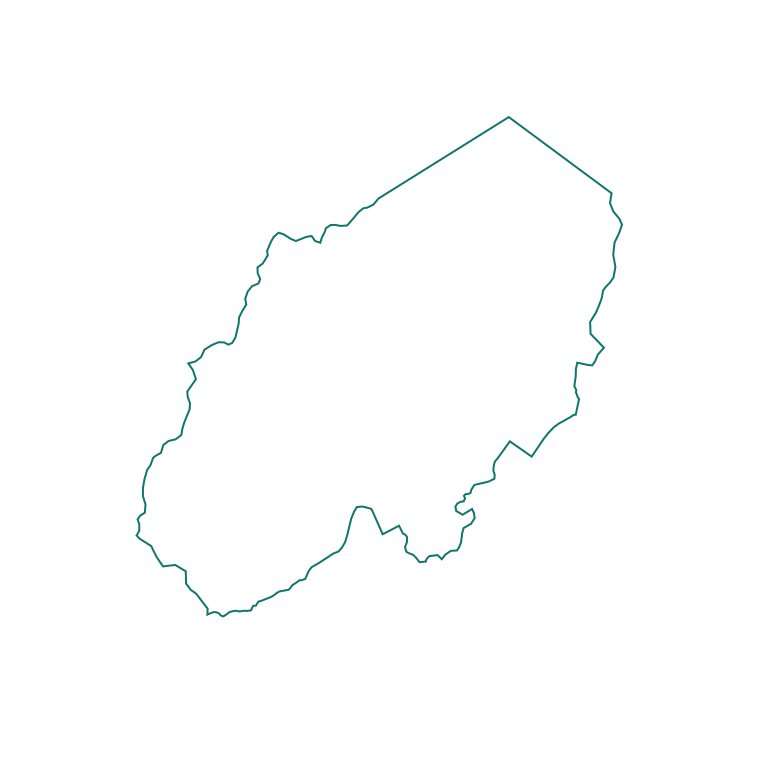 the district of Ulu Langat, Selangor, Malaysia, rotated 215°
{"feature_id": "92858781B61799260862057", "entity_name": "Ulu Langat", "entity_type": "district", "adm_level": 2, "iso_a3": "MYS", "parent_name": "Malaysia", "parent_adm1": "Selangor", "projection": "albers", "projection_center": [101.834, 3.073], "detail": "fine", "context": "isolated", "style": "outline", "palette": "teal", "viewbox_px": 768, "rotation_deg": 215, "n_neighbors": 0, "source": "geoboundaries", "source_scale": "gbopen_adm2", "svg_char_len": 3077}
<svg xmlns="http://www.w3.org/2000/svg" viewBox="0 0 768 768"><g transform="rotate(215 384 384)"><path d="M396.4,93.8L394.1,97.6L392.4,99.7L390.4,100.8L387.9,101.5L384.6,100.8L382.3,101.5L380.8,105.1L379.7,108.6L377.5,111.2L375.6,113.1L371.9,114.8L369.1,117.6L365.5,120.0L363.1,122.4L363.7,125.4L363.9,127.3L361.8,129.0L362.0,131.6L362.0,133.8L359.9,136.4L357.7,139.8L355.3,143.3L353.4,146.7L352.5,149.7L351.0,153.6L349.3,155.5L346.5,158.3L344.1,160.7L343.7,163.3L343.7,166.7L342.4,169.8L340.5,174.9L339.0,176.0L336.7,179.2L338.3,187.0L338.3,192.3L334.6,200.2L331.0,209.1L328.3,216.0L325.2,220.7L324.6,226.0L325.2,232.3L327.8,240.2L331.0,248.1L333.6,254.9L335.2,261.7L335.7,267.5L331.5,271.2L326.2,273.3L322.5,274.4L298.9,260.2L290.4,276.5L282.6,272.3L279.9,272.8L277.3,271.9L274.6,267.8L273.2,262.4L269.5,259.4L265.8,259.8L262.1,260.8L258.1,260.1L252.7,258.4L248.0,262.5L248.3,262.8L248.7,266.1L248.0,269.2L244.6,272.2L241.9,274.6L236.2,273.6L235.9,279.6L233.5,285.7L228.8,289.4L228.8,293.1L230.1,298.5L232.2,302.5L234.5,306.9L236.2,311.6L233.2,318.0L232.5,319.3L232.8,326.1L236.2,329.8L240.2,332.1L244.6,322.0L249.0,321.7L252.0,321.4L255.1,324.4L255.4,328.1L253.7,331.5L251.4,333.5L252.0,336.9L254.4,338.2L254.0,340.6L251.4,342.9L250.7,344.6L251.7,347.0L252.0,350.3L252.0,353.3L242.3,364.1L239.2,369.8L241.6,373.5L244.6,375.6L246.0,377.9L247.3,380.3L248.7,384.0L248.3,387.7L248.0,409.2L221.4,409.2L221.7,430.4L221.4,435.8L221.4,437.2L220.7,441.9L220.0,446.3L219.0,449.3L218.0,452.3L216.0,456.0L214.3,459.7L212.6,463.1L210.9,467.5L209.3,468.8L215.6,483.6L217.7,484.3L222.0,487.3L223.1,489.4L226.8,491.4L231.5,500.5L235.5,506.5L237.9,512.3L227.8,516.6L224.1,518.7L224.1,523.7L225.7,530.8L225.1,535.8L224.7,539.9L243.6,543.6L250.7,553.0L251.3,563.5L252.3,569.2L254.0,575.9L255.0,579.6L258.1,586.0L258.1,590.4L257.1,596.5L257.1,602.8L259.4,607.9L261.5,612.5L270.5,621.5L276.3,632.2L277.9,642.1L280.4,651.1L286.1,654.4L295.2,656.9L302.6,661.8L307.0,670.8L360.3,672.2L367.5,672.4L434.9,674.2L494.9,532.8L495.6,524.8L498.8,519.0L501.9,515.8L503.5,510.0L504.0,503.2L505.1,492.7L510.4,488.5L515.1,486.4L518.8,483.7L520.9,478.5L519.8,474.8L518.8,467.9L517.2,463.2L522.4,461.6L528.2,463.7L531.9,460.1L538.2,450.6L543.0,449.5L552.4,449.0L557.2,447.4L558.7,441.1L558.2,435.8L556.1,425.9L553.0,422.7L552.4,413.2L554.5,406.9L550.9,402.2L545.6,399.0L544.5,394.3L548.2,388.5L548.7,381.7L546.6,374.3L542.4,370.1L541.9,362.2L540.9,355.4L537.7,350.1L532.4,337.0L531.9,330.6L534.0,327.0L538.7,326.4L543.5,323.3L547.2,317.5L550.8,309.1L549.3,301.2L551.4,294.3L556.1,288.6L548.7,285.9L540.8,280.1L540.8,272.2L540.8,264.9L537.2,260.7L531.9,257.0L528.7,251.7L525.6,238.1L523.5,231.7L520.8,226.0L523.0,219.1L527.7,213.9L529.8,207.5L527.2,199.7L529.8,194.4L530.8,191.2L528.7,183.4L528.7,177.6L525.6,168.6L521.9,160.7L517.2,153.9L510.3,148.6L506.1,141.3L508.2,136.5L508.2,131.8L504.0,128.7L500.3,123.4L499.8,118.1L495.6,117.1L481.7,117.7L471.1,111.9L460.4,107.8L451.3,116.0L439.0,116.9L431.6,107.0L424.2,104.5L417.6,104.5L399.6,98.8L396.4,93.8Z" fill="none" stroke="#0f766e" stroke-width="2"/></g></svg>